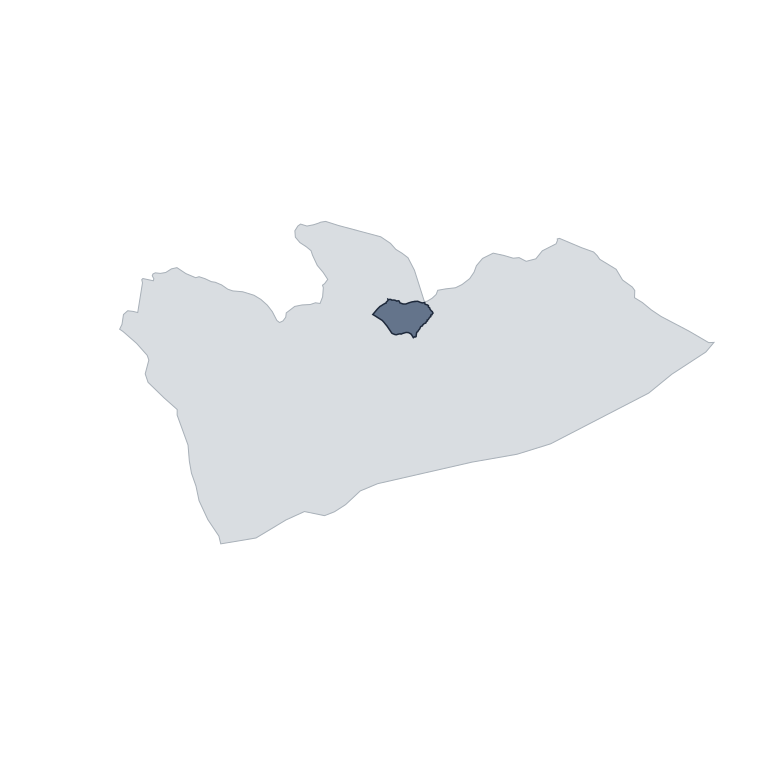 location of Doe, Nimba, Liberia, rotated 301°
{"feature_id": "62588387B53345215693508", "entity_name": "Doe", "entity_type": "district", "adm_level": 2, "iso_a3": "LBR", "parent_name": "Liberia", "parent_adm1": "Nimba", "projection": "natural_earth1", "projection_center": [-8.791, 6.605], "detail": "fine", "context": "in_parent", "style": "filled", "palette": "slate", "viewbox_px": 768, "rotation_deg": 301, "n_neighbors": 0, "source": "geoboundaries", "source_scale": "gbopen_adm2", "svg_char_len": 3485}
<svg xmlns="http://www.w3.org/2000/svg" viewBox="0 0 768 768"><g transform="rotate(301 384 384)"><path d="M162.9,326.4L168.6,320.8L177.0,302.9L188.7,285.6L199.7,275.4L208.4,264.9L217.6,256.9L230.7,247.5L250.8,222.7L255.6,219.9L258.8,202.7L263.9,180.9L269.7,174.1L283.4,170.1L286.6,166.3L291.4,151.0L294.6,133.1L294.8,129.2L300.2,128.7L309.4,124.9L314.8,126.6L317.1,131.8L318.4,136.1L346.3,124.9L348.7,122.6L350.2,123.0L353.7,133.1L355.7,132.5L357.4,129.6L359.3,129.3L361.5,130.7L363.6,135.3L367.2,139.5L373.2,142.5L377.1,146.6L376.6,157.3L378.1,167.8L380.7,170.2L382.1,176.4L382.8,183.3L384.3,186.9L385.3,193.8L384.8,201.2L385.9,206.4L390.3,215.4L393.1,226.8L393.1,234.8L391.5,243.3L388.5,251.0L383.3,259.4L382.9,262.8L386.0,264.9L390.6,265.4L394.6,263.6L404.5,267.5L409.6,273.1L414.2,279.9L418.3,283.4L420.1,287.7L427.1,286.5L435.3,282.4L437.0,280.4L439.4,281.4L444.7,281.9L448.3,274.4L451.3,265.7L457.6,256.4L460.7,252.8L461.6,246.8L461.9,239.1L464.2,232.4L469.4,228.7L475.0,228.8L478.1,230.1L479.7,236.6L484.2,241.6L488.0,244.9L490.1,246.4L493.3,250.2L496.4,263.3L508.5,305.4L507.9,317.1L505.5,324.7L505.4,332.1L504.6,339.5L497.2,351.5L475.5,376.1L477.1,378.3L482.3,381.1L487.6,382.6L492.0,381.8L497.4,388.0L503.3,395.7L509.5,399.7L518.5,403.2L526.3,403.6L533.0,402.3L542.4,403.8L552.4,410.2L556.0,420.8L558.4,430.0L561.9,434.7L562.4,442.7L569.5,449.7L579.7,451.1L592.8,459.3L596.2,458.8L597.6,457.8L599.2,459.4L602.6,483.1L605.1,495.7L603.8,500.7L602.0,504.7L601.9,523.9L596.0,534.9L595.0,546.9L593.3,550.8L587.0,554.3L586.9,563.6L585.2,574.8L584.6,586.7L586.4,617.8L586.7,641.0L589.6,645.4L577.2,643.4L540.7,625.7L512.6,615.6L418.5,557.6L392.4,534.3L362.3,499.6L295.3,429.9L280.1,418.7L260.8,413.2L248.9,407.3L240.5,400.8L233.7,381.5L217.0,370.0L186.1,353.6L162.9,326.4Z" fill="#d9dde1" stroke="#a8b0b8" stroke-width="1"/><path d="M474.7,377.1L474.5,376.6L473.3,375.2L472.7,373.2L472.3,370.3L471.4,369.0L470.7,367.9L470.6,368.0L469.8,366.9L468.8,365.7L466.5,363.6L464.1,361.7L463.8,361.5L462.4,359.1L461.9,356.6L461.8,355.6L462.5,354.9L462.9,354.2L462.7,353.3L461.6,352.2L461.6,351.6L461.6,351.1L461.6,350.8L461.1,349.3L459.9,347.5L460.0,346.5L460.0,346.3L459.7,345.8L458.6,344.0L458.6,343.7L457.9,344.3L457.3,344.3L455.2,343.8L454.3,344.1L454.0,343.6L451.9,342.4L450.0,341.5L448.2,340.5L447.9,340.5L446.0,340.0L444.2,339.6L443.5,339.5L437.8,338.6L437.8,341.8L437.7,344.2L437.7,345.1L437.6,349.4L437.6,349.7L436.9,352.1L436.6,352.9L436.0,354.5L435.2,356.8L433.6,360.2L432.8,362.0L432.4,362.8L431.6,364.5L431.6,364.9L431.7,366.0L432.0,367.8L432.0,368.0L432.4,368.8L432.7,369.4L433.7,370.2L434.3,370.8L435.4,372.0L435.5,372.9L437.0,374.0L439.6,376.4L439.7,376.6L439.9,377.0L440.6,378.4L440.7,378.5L440.7,379.5L440.8,381.2L440.7,381.3L440.6,381.7L440.4,382.2L440.4,382.3L440.2,382.7L438.8,385.3L440.2,385.9L440.5,386.7L441.2,387.1L442.2,386.6L445.1,385.4L445.5,385.6L446.3,386.0L447.5,385.9L449.7,386.2L451.9,385.9L452.6,386.2L453.6,387.0L455.0,386.8L455.4,387.0L456.6,387.4L457.7,388.4L459.3,388.2L460.1,388.5L460.5,388.7L461.1,388.1L461.8,388.6L462.8,388.8L463.6,388.7L465.3,389.0L465.9,389.4L466.5,388.9L467.4,388.7L467.9,389.4L469.0,389.3L469.8,389.5L470.0,389.5L470.2,389.2L471.0,388.0L471.0,387.6L471.0,387.1L471.8,384.9L472.7,384.1L472.7,383.9L472.9,383.5L472.8,383.1L472.8,382.7L473.0,382.2L473.5,382.0L473.9,381.6L474.1,381.6L474.1,381.0L474.2,380.7L473.7,378.8L473.5,378.3L474.0,377.6L474.6,377.2L474.7,377.1Z" fill="#64748b" stroke="#1e293b" stroke-width="1.5"/></g></svg>